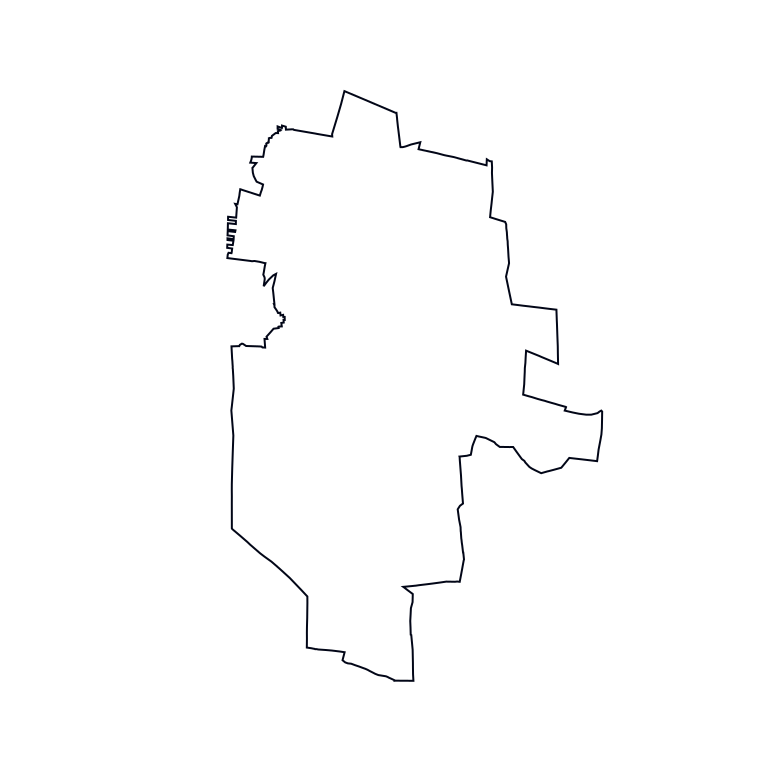 outline of Temascalapa, México, Mexico, rotated 339°
{"feature_id": "50627088B1319644746594", "entity_name": "Temascalapa", "entity_type": "district", "adm_level": 2, "iso_a3": "MEX", "parent_name": "Mexico", "parent_adm1": "México", "projection": "natural_earth1", "projection_center": [-98.879, 19.816], "detail": "fine", "context": "isolated", "style": "outline", "palette": "ink", "viewbox_px": 768, "rotation_deg": 339, "n_neighbors": 0, "source": "geoboundaries", "source_scale": "gbopen_adm2", "svg_char_len": 5805}
<svg xmlns="http://www.w3.org/2000/svg" viewBox="0 0 768 768"><g transform="rotate(339 384 384)"><path d="M206.1,422.8L203.8,428.7L201.6,434.6L199.3,440.5L195.9,449.4L192.5,458.3L190.2,464.3L190.4,465.2L195.2,473.9L199.9,482.7L201.5,486.1L204.6,491.9L207.7,497.7L210.6,502.4L212.7,505.6L215.2,509.4L216.4,511.6L220.0,518.4L223.9,526.1L226.5,531.3L229.2,537.7L233.1,547.0L236.3,554.9L234.0,561.0L231.8,566.5L228.5,574.8L225.1,583.0L222.9,588.5L220.8,594.1L217.5,602.4L221.4,604.6L223.9,606.2L224.3,606.4L224.7,606.9L225.4,607.1L226.1,607.4L227.5,608.3L235.0,611.8L239.9,614.2L246.7,617.8L251.1,620.3L246.3,627.0L248.0,630.0L250.2,631.9L253.0,633.3L253.5,633.7L256.2,636.1L259.7,639.0L262.4,641.4L264.5,643.2L266.3,645.0L267.8,646.8L270.6,649.9L271.9,651.4L274.4,653.7L279.4,656.6L281.1,657.6L282.6,659.0L282.9,659.5L285.0,661.6L287.6,664.3L287.4,664.8L288.5,665.1L296.8,668.4L305.1,671.6L307.1,665.4L309.3,659.4L311.1,654.6L313.3,648.5L315.5,642.4L317.1,636.7L319.5,628.1L319.1,627.6L321.4,621.1L323.6,614.6L326.2,608.8L328.8,602.9L332.5,597.9L335.6,590.4L332.4,585.3L329.3,580.3L331.8,581.0L333.2,581.4L334.3,581.7L336.8,582.4L340.5,583.4L341.2,583.6L342.0,583.8L344.3,584.3L352.6,586.4L354.2,586.8L358.3,587.8L365.9,589.6L371.3,590.8L376.5,592.9L379.2,594.0L379.8,594.2L381.5,594.6L383.8,595.8L387.1,590.5L390.3,585.3L395.1,577.4L395.8,576.5L397.6,569.8L397.4,569.7L399.1,563.0L399.8,559.9L400.5,557.3L400.8,555.9L402.8,549.4L402.8,549.1L404.2,545.0L405.5,537.5L407.9,527.4L411.3,524.9L414.9,523.9L417.6,514.7L419.0,510.1L419.9,506.9L423.1,497.0L424.1,493.6L427.5,482.2L428.5,479.1L428.5,478.8L435.6,480.7L436.6,480.8L439.7,481.2L440.5,479.9L442.1,477.3L443.6,474.8L444.4,473.6L445.4,472.4L447.4,470.2L449.5,467.9L451.7,465.6L453.6,466.9L459.0,470.4L459.4,470.7L459.8,471.0L462.1,473.5L462.3,473.7L466.2,477.9L467.0,480.3L469.5,484.2L475.5,486.6L478.5,487.8L482.0,489.1L483.4,494.6L485.3,501.7L485.8,503.5L487.5,506.1L487.8,507.9L490.0,513.5L491.6,515.8L494.0,518.5L498.8,523.6L505.6,524.2L506.0,524.3L511.4,524.9L519.5,525.7L525.0,522.6L530.5,519.4L531.2,519.8L536.4,522.5L541.6,525.2L549.8,529.5L555.3,532.4L558.1,527.3L560.8,522.2L565.7,514.3L568.9,509.0L571.5,503.5L574.8,495.4L577.8,487.9L577.3,486.7L575.2,487.0L572.9,487.7L566.4,486.9L561.6,485.0L555.3,481.6L549.8,478.1L543.2,473.6L545.7,470.8L545.6,470.6L543.7,469.2L541.4,467.5L539.1,465.8L536.7,463.9L533.3,461.4L533.2,461.3L530.0,458.9L527.9,457.2L525.6,455.6L522.1,453.0L517.2,449.1L514.7,447.3L510.1,443.8L514.8,434.5L517.3,428.7L519.8,423.0L521.2,419.6L523.5,415.1L525.8,409.9L528.6,403.8L534.5,409.3L537.4,412.0L538.9,413.4L540.8,415.3L544.8,419.1L547.0,421.2L551.5,425.5L553.7,427.7L557.3,417.7L559.7,411.2L562.8,402.1L564.9,396.0L567.0,389.9L567.8,387.5L568.0,386.9L568.2,386.3L571.6,376.4L566.6,373.8L561.7,371.2L556.7,368.5L551.7,365.9L546.8,363.3L541.8,360.7L536.8,358.0L531.9,355.4L534.1,341.6L536.4,327.5L540.2,321.8L544.0,316.1L544.3,315.2L545.8,310.0L548.3,302.2L549.5,298.2L550.6,295.0L551.1,292.7L551.7,290.8L551.9,290.2L552.1,289.4L553.1,286.3L554.0,282.4L555.3,278.7L555.2,276.1L547.7,270.2L542.8,266.3L545.9,260.1L549.1,254.0L551.8,248.7L554.5,243.5L557.2,235.3L560.4,225.7L562.5,220.6L564.4,214.8L562.5,213.8L560.5,211.1L558.1,216.6L547.6,209.2L541.8,205.1L541.0,204.9L530.4,197.1L527.4,195.2L524.7,193.5L524.5,193.4L522.2,191.9L518.5,189.2L516.0,187.4L500.4,177.2L504.5,171.3L495.1,170.1L490.3,170.0L488.7,169.9L486.5,169.6L484.3,168.8L484.4,168.1L485.6,163.3L488.3,152.5L489.3,148.4L491.1,141.6L491.2,141.4L492.8,135.3L492.1,135.1L464.5,108.4L452.0,96.4L444.3,107.2L436.4,117.6L425.1,132.1L424.4,134.4L423.7,134.0L411.4,126.7L409.5,125.5L391.0,114.5L390.5,113.7L389.2,113.2L383.6,111.4L384.5,108.6L381.4,106.2L380.5,108.4L380.4,108.4L377.0,105.4L376.1,107.7L378.6,110.0L378.3,110.1L378.2,110.2L375.5,109.9L375.0,111.8L372.8,110.9L368.3,112.2L367.2,113.9L365.4,113.3L364.6,113.3L364.4,114.0L364.0,114.6L363.7,115.3L363.4,115.8L363.2,116.5L362.9,117.2L362.5,117.3L362.2,117.3L361.9,117.0L361.6,117.2L360.7,117.1L360.2,117.4L360.0,118.0L360.0,118.5L359.5,119.5L358.8,119.9L358.2,119.3L356.2,122.5L353.8,126.7L352.6,128.6L342.1,124.3L341.6,125.4L340.8,126.7L339.8,128.0L338.5,129.4L344.0,132.0L338.9,135.0L338.6,135.1L337.5,139.0L337.3,139.7L336.9,143.2L337.3,147.4L337.6,149.5L342.6,154.4L341.3,156.4L339.4,159.0L337.8,160.8L335.6,163.6L319.6,150.7L317.9,153.6L316.3,156.6L311.6,163.7L309.6,162.5L309.9,165.1L310.0,166.3L305.6,175.7L298.4,172.0L297.8,173.4L297.2,175.0L304.2,178.6L303.0,181.6L295.9,178.0L295.4,179.2L294.1,182.4L293.5,183.8L300.4,187.3L299.5,188.7L292.9,185.3L292.4,186.4L291.8,187.8L291.2,189.2L296.7,192.2L295.5,194.9L290.1,191.9L289.5,193.5L294.8,196.3L292.6,200.1L287.7,197.7L287.0,199.3L286.4,200.7L290.8,203.1L289.0,206.5L288.5,207.2L285.9,205.8L284.5,207.2L282.9,210.3L284.6,211.2L303.3,221.2L304.8,222.1L307.1,222.7L311.5,225.3L316.1,228.5L316.6,228.7L315.0,231.2L312.0,236.3L310.5,238.7L310.6,240.1L310.7,241.6L310.3,243.2L309.3,245.0L306.7,249.6L308.0,248.8L309.4,247.9L311.7,246.5L314.0,245.2L319.5,242.9L322.7,242.5L318.5,248.9L314.5,254.5L313.5,258.5L312.5,262.2L310.3,270.3L309.9,270.1L309.9,271.3L309.3,273.1L310.0,275.9L310.5,278.4L310.4,279.6L310.8,279.9L312.0,280.1L312.7,280.2L312.0,282.9L314.6,283.3L314.0,285.3L315.3,285.8L314.3,288.6L313.2,288.1L312.4,290.7L310.0,290.2L309.2,293.6L306.4,292.7L306.0,292.7L305.7,294.0L300.7,292.8L296.8,294.9L291.3,297.7L291.2,300.1L288.6,299.1L286.1,307.4L283.6,306.3L283.1,305.2L281.0,304.2L268.9,299.1L267.7,297.4L266.7,296.0L265.8,295.4L263.5,295.8L262.4,296.8L261.7,296.5L255.1,294.2L253.5,299.1L252.8,301.3L251.3,305.9L250.7,308.1L249.4,312.2L249.1,313.3L248.4,315.0L248.3,315.7L247.3,318.8L246.1,322.6L242.1,334.5L233.8,350.6L232.0,354.0L224.9,378.1L218.1,394.1L212.1,408.3L206.1,422.8Z" fill="none" stroke="#020617" stroke-width="2"/></g></svg>